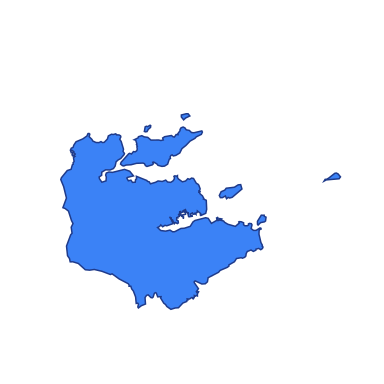 Kota Tanjung Pinang, Kepulauan Riau, Indonesia (orthographic projection), rotated 154°
{"feature_id": "22746128B73074683492420", "entity_name": "Kota Tanjung Pinang", "entity_type": "district", "adm_level": 2, "iso_a3": "IDN", "parent_name": "Indonesia", "parent_adm1": "Kepulauan Riau", "projection": "orthographic", "projection_center": [104.462, 0.915], "detail": "fine", "context": "isolated", "style": "filled", "palette": "blue", "viewbox_px": 384, "rotation_deg": 154, "n_neighbors": 0, "source": "geoboundaries", "source_scale": "gbopen_adm2", "svg_char_len": 6132}
<svg xmlns="http://www.w3.org/2000/svg" viewBox="0 0 384 384"><g transform="rotate(154 192 192)"><path d="M229.7,109.6L229.2,110.5L228.1,110.7L223.5,105.0L220.3,103.7L217.5,104.5L215.1,107.9L203.3,108.2L201.1,109.2L193.3,108.8L191.3,109.2L190.8,110.3L184.4,110.7L181.2,112.7L176.6,111.4L175.7,110.4L173.3,110.2L171.7,110.8L170.3,112.9L168.4,114.3L164.4,114.0L162.9,111.7L160.1,111.7L159.5,112.6L156.7,112.0L155.5,110.0L153.5,110.3L152.3,111.4L152.7,112.5L152.1,113.3L152.2,116.4L150.3,124.7L148.6,127.9L147.1,128.7L146.2,128.4L145.9,129.1L146.6,129.9L151.2,129.4L153.5,130.5L154.9,133.2L152.5,136.1L152.5,137.5L154.1,138.6L155.2,138.6L155.6,137.6L157.0,137.4L159.2,138.4L160.0,140.0L159.1,141.7L160.8,143.7L162.6,144.7L163.1,144.6L163.1,143.4L168.1,142.1L173.9,147.3L176.0,150.5L176.3,152.1L178.6,154.0L177.0,154.6L177.7,155.3L178.9,156.0L179.7,154.7L181.1,154.9L180.7,156.1L181.2,156.6L180.0,157.0L180.1,157.9L181.3,157.9L181.8,155.7L188.3,155.3L189.0,161.2L191.0,162.9L201.8,165.1L204.2,164.7L208.6,161.9L214.8,162.8L217.9,164.1L224.9,163.9L226.8,164.7L228.5,167.4L232.9,168.4L237.0,171.1L238.5,175.2L236.2,175.2L234.5,176.1L233.6,173.6L230.9,173.9L229.5,172.7L223.1,171.9L222.6,174.5L223.0,178.8L223.0,179.6L222.7,177.9L222.1,177.8L222.6,176.4L221.9,175.6L222.4,175.2L221.7,175.1L221.8,174.1L222.3,174.1L221.8,173.2L222.3,172.9L222.1,172.2L221.0,172.0L221.3,171.4L220.2,171.8L219.0,170.0L217.8,170.2L217.1,172.1L218.1,173.5L217.0,175.6L216.2,175.1L216.2,176.2L216.1,175.7L214.2,175.6L213.7,176.2L214.0,177.5L212.6,178.1L212.1,175.0L210.9,173.2L211.6,171.6L210.5,173.3L211.7,175.5L206.9,174.7L211.7,175.8L212.3,178.6L211.7,179.7L210.8,179.5L211.3,178.0L209.1,178.1L208.8,178.9L208.1,179.0L208.3,177.9L207.4,177.5L206.8,177.4L206.7,177.8L207.3,177.6L206.7,179.1L205.6,179.1L205.8,176.7L207.0,176.8L207.1,176.2L205.3,175.9L205.3,174.7L204.2,175.6L205.8,172.1L205.6,171.0L202.4,170.1L202.2,170.9L203.4,171.5L203.1,173.0L200.7,173.0L200.7,171.5L199.3,171.0L198.8,171.5L198.2,170.2L197.8,171.4L196.4,171.3L195.5,172.7L193.7,168.9L193.7,167.8L194.6,167.7L194.4,167.0L189.0,166.8L186.4,170.0L182.8,178.3L184.7,180.6L184.2,180.7L184.3,184.0L185.5,186.7L185.6,187.9L184.8,188.6L185.9,188.9L185.2,190.1L184.5,189.9L183.3,191.3L182.9,194.8L183.0,196.0L184.3,198.0L184.7,203.5L186.3,204.7L188.6,204.4L189.9,205.8L193.0,204.7L196.2,205.4L198.5,209.7L198.7,211.4L197.9,213.1L198.9,213.0L200.4,214.1L201.4,214.0L201.5,212.6L202.5,211.2L204.3,210.3L206.9,210.0L209.6,211.7L210.4,214.2L214.1,214.5L217.7,216.8L220.5,216.7L225.8,217.6L226.0,219.9L227.4,221.1L227.5,222.1L235.1,230.5L236.1,228.0L237.2,228.0L238.7,225.7L241.3,226.7L241.7,229.4L244.3,230.0L244.5,233.1L243.5,233.4L237.5,232.1L238.9,238.0L242.7,241.9L254.9,244.5L257.9,246.4L260.7,246.6L262.2,245.1L262.5,242.9L264.4,239.7L268.7,240.3L269.4,244.4L268.9,246.2L265.9,246.6L264.4,249.4L259.9,249.8L256.0,247.7L252.3,247.5L249.7,249.0L247.0,252.4L244.2,253.2L241.4,253.3L236.8,255.3L235.8,256.2L236.2,258.7L234.8,260.5L233.5,268.4L233.8,271.1L231.8,272.7L231.6,273.8L232.5,275.2L234.8,276.5L235.0,277.7L237.6,278.2L239.0,279.2L242.6,279.1L244.8,276.7L249.2,275.1L250.9,275.8L251.7,277.2L254.0,277.2L256.6,278.6L258.8,281.3L258.9,283.2L260.2,286.8L258.5,288.8L258.9,289.8L259.9,290.1L261.9,288.4L266.9,287.6L274.2,288.0L277.6,286.0L279.4,284.2L281.3,284.3L283.0,282.9L283.2,281.3L282.3,282.1L281.5,282.0L280.5,280.1L280.9,279.7L282.6,280.1L282.9,278.9L281.0,279.2L280.3,277.3L281.1,276.8L283.5,277.7L283.5,276.9L281.7,275.3L283.5,274.8L284.6,271.1L286.1,270.4L286.6,269.0L287.6,268.9L290.7,265.4L294.7,266.0L303.1,262.1L304.5,260.7L305.0,253.1L307.5,241.6L314.9,234.5L313.3,232.8L311.4,229.0L312.8,219.4L312.8,215.8L316.0,213.3L317.9,207.5L319.8,206.7L328.5,198.4L331.8,189.3L331.3,185.9L332.1,182.6L329.7,181.5L325.5,177.6L322.0,168.9L318.2,166.6L313.8,165.2L307.8,160.3L301.5,153.6L299.7,153.5L295.6,145.8L289.5,137.5L289.3,136.0L289.9,134.9L288.3,134.2L288.7,131.4L288.1,128.7L288.7,122.4L291.0,116.3L289.5,115.9L289.3,114.7L291.1,112.4L291.0,111.3L287.3,112.0L282.9,111.7L280.5,117.7L278.2,119.0L276.5,118.8L275.2,115.1L274.1,114.3L273.0,114.6L270.3,117.4L269.1,117.6L268.4,116.8L268.8,112.8L265.7,111.5L266.7,110.4L266.1,104.4L265.1,102.5L264.8,100.1L262.4,95.8L257.9,95.1L254.9,93.9L248.9,96.2L244.7,95.9L244.1,96.9L243.0,96.8L243.1,97.9L241.1,96.9L238.5,97.3L237.6,96.7L238.1,95.9L237.7,95.4L236.2,96.3L235.3,97.9L234.7,96.9L233.5,97.1L232.7,96.2L231.7,98.2L229.8,99.4L230.3,99.9L231.7,99.7L231.8,100.5L228.6,102.3L229.7,109.6ZM210.9,230.9L207.8,228.2L205.3,227.3L201.7,227.7L198.0,231.5L196.7,231.5L196.3,233.1L195.0,234.1L193.6,234.1L193.0,232.6L190.5,232.0L185.9,232.4L182.0,235.4L177.1,236.5L171.4,238.6L165.9,238.9L163.9,239.7L158.3,239.7L156.4,241.3L156.4,242.6L164.3,244.4L166.4,245.7L167.4,248.5L169.9,250.4L170.3,252.8L171.5,254.3L173.7,254.5L175.3,253.5L175.8,252.4L179.2,250.6L179.4,249.7L181.1,250.6L183.7,249.1L184.8,249.9L185.7,251.8L192.3,253.7L194.7,253.4L195.0,251.4L197.4,251.9L199.1,253.3L206.1,256.6L207.8,260.5L210.8,262.5L212.4,264.6L215.9,265.2L216.7,264.3L221.0,264.3L219.9,263.2L220.5,259.2L221.1,259.0L221.1,257.0L221.7,256.8L222.4,254.5L223.6,253.3L225.5,253.0L226.9,254.0L229.7,252.7L231.1,254.1L232.1,254.1L242.7,249.8L244.0,248.4L243.0,246.2L241.9,245.3L239.4,245.1L234.8,243.2L229.3,242.1L223.4,239.5L222.3,238.3L222.3,236.1L221.3,234.7L215.7,233.8L214.4,234.3L214.3,235.9L213.3,235.7L211.3,232.7L210.9,230.9ZM160.8,170.1L158.2,169.6L145.8,172.8L145.0,177.3L147.4,178.2L151.8,177.7L159.6,180.4L161.8,179.3L165.7,179.5L169.0,176.9L169.0,174.5L167.1,173.6L163.7,173.8L163.9,170.8L161.9,171.3L160.8,170.1ZM66.0,144.0L54.0,139.4L51.9,140.5L52.8,144.3L54.0,145.8L55.5,146.2L62.9,144.6L65.2,144.4L66.8,145.0L68.5,143.9L66.0,144.0ZM147.3,134.3L147.1,133.3L143.8,134.4L139.9,133.4L138.6,133.7L136.5,136.9L137.7,138.5L137.3,139.5L139.9,140.8L146.0,137.0L147.3,134.3ZM168.7,264.1L167.9,260.5L165.2,261.3L160.6,261.3L161.2,264.0L163.0,264.9L167.8,265.9L168.7,264.1ZM205.5,271.1L208.3,267.3L207.4,266.4L205.9,266.0L203.8,267.5L201.0,268.2L200.0,269.7L200.4,270.4L203.2,270.2L204.2,271.1L205.5,271.1Z" fill="#3b82f6" stroke="#1e3a8a" stroke-width="1.5"/></g></svg>